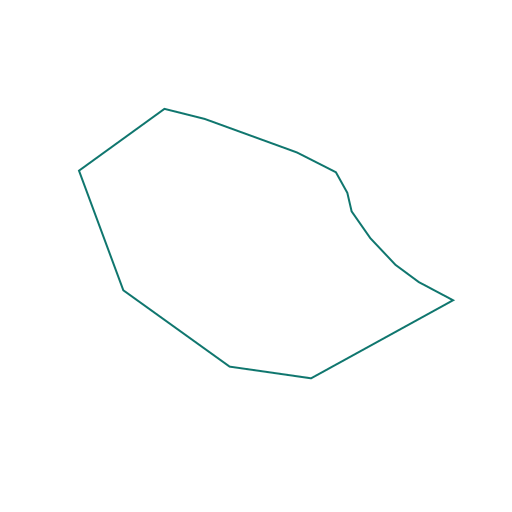 the Urban county of Dunaújváros, rotated 296°
{"feature_id": "HUN-4925", "entity_name": "Dunaújváros", "entity_type": "Urban county", "adm_level": 1, "iso_a3": "HUN", "parent_name": "Hungary", "parent_adm1": "", "projection": "mercator", "projection_center": [18.923, 46.932], "detail": "fine", "context": "isolated", "style": "outline", "palette": "teal", "viewbox_px": 512, "rotation_deg": 296, "n_neighbors": 0, "source": "natural_earth", "source_scale": "10m", "svg_char_len": 345}
<svg xmlns="http://www.w3.org/2000/svg" viewBox="0 0 512 512"><g transform="rotate(296 256 256)"><path d="M348.1,109.2L356.7,149.8L367.0,247.4L366.3,291.1L352.8,310.4L338.0,322.4L322.1,351.0L309.2,385.2L303.9,413.8L302.6,452.5L170.2,359.1L145.0,280.8L167.0,151.8L255.1,59.5L348.1,109.2Z" fill="none" stroke="#0f766e" stroke-width="2"/></g></svg>